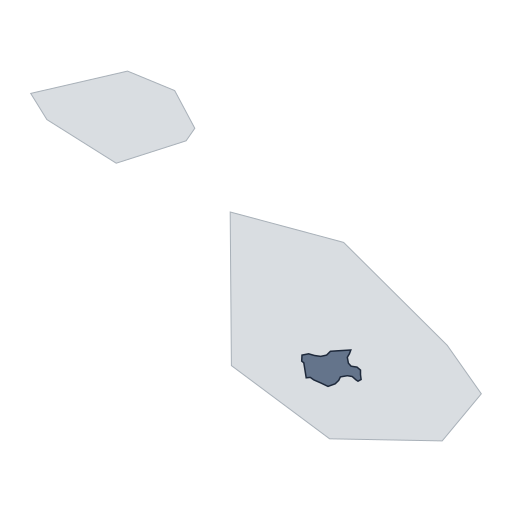 Żebbuġ on a map of Malta (Natural Earth projection)
{"feature_id": "MLT-5946", "entity_name": "Żebbuġ", "entity_type": "state/province", "adm_level": 1, "iso_a3": "MLT", "parent_name": "Malta", "parent_adm1": "", "projection": "natural_earth1", "projection_center": [14.44, 35.87], "detail": "fine", "context": "in_parent", "style": "filled", "palette": "slate", "viewbox_px": 512, "rotation_deg": 0, "n_neighbors": 0, "source": "natural_earth", "source_scale": "10m", "svg_char_len": 754}
<svg xmlns="http://www.w3.org/2000/svg" viewBox="0 0 512 512"><path d="M481.3,393.8L442.2,440.9L329.6,438.8L231.4,365.6L230.2,212.0L343.6,242.4L447.2,345.3L481.3,393.8ZM186.1,140.8L116.2,163.2L46.9,119.6L30.7,93.4L127.5,71.1L174.7,90.6L194.8,128.3L186.1,140.8Z" fill="#d9dde1" stroke="#a8b0b8" stroke-width="1"/><path d="M306.2,377.8L303.8,362.8L301.7,361.1L302.0,355.1L308.6,353.8L314.5,355.5L320.7,356.4L326.6,355.1L330.4,351.3L337.6,350.8L350.8,350.0L349.4,353.8L347.3,357.3L348.4,363.2L351.1,366.2L357.0,367.1L360.5,370.1L360.5,374.8L361.1,379.5L358.0,381.2L356.0,379.9L352.2,376.5L347.3,375.7L340.4,376.9L338.7,380.4L335.2,383.8L328.0,386.4L320.7,382.9L313.8,379.9L310.3,377.4L306.2,377.8Z" fill="#64748b" stroke="#1e293b" stroke-width="1.5"/></svg>